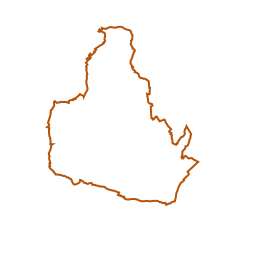 Rosia De Amaradia, Gorj, Romania (Equal Earth projection), rotated 126°
{"feature_id": "2599482B83031616378159", "entity_name": "Rosia De Amaradia", "entity_type": "district", "adm_level": 2, "iso_a3": "ROU", "parent_name": "Romania", "parent_adm1": "Gorj", "projection": "equal_earth", "projection_center": [23.734, 45.043], "detail": "fine", "context": "isolated", "style": "outline", "palette": "amber", "viewbox_px": 256, "rotation_deg": 126, "n_neighbors": 0, "source": "geoboundaries", "source_scale": "gbopen_adm2", "svg_char_len": 5783}
<svg xmlns="http://www.w3.org/2000/svg" viewBox="0 0 256 256"><g transform="rotate(126 128 128)"><path d="M149.3,202.8L150.4,202.6L150.6,203.0L153.4,200.8L154.3,200.7L155.6,200.8L156.8,200.6L157.4,200.2L158.5,200.8L159.5,200.6L160.0,200.1L161.1,199.8L161.6,199.1L161.9,198.8L163.7,198.2L165.5,197.5L166.7,197.2L168.2,196.5L169.3,196.3L170.6,195.9L171.0,195.6L171.1,194.8L172.1,193.4L173.4,193.4L174.8,193.9L174.7,193.5L174.4,192.8L174.3,192.1L174.1,191.8L174.2,191.6L174.6,191.7L177.9,189.4L180.7,186.9L181.2,185.9L181.8,185.1L182.6,184.6L183.4,183.5L184.4,182.7L186.6,181.4L185.4,179.5L186.3,179.9L187.3,179.9L188.4,179.1L191.0,178.0L193.2,177.5L194.9,177.3L196.8,175.4L196.8,175.1L197.1,174.6L198.3,174.4L199.1,173.8L199.9,172.9L200.9,171.5L201.8,170.7L202.0,170.2L202.6,170.6L202.9,170.8L203.9,169.6L204.4,168.7L204.6,168.6L205.4,169.1L205.7,168.8L206.1,168.1L206.4,167.3L206.6,165.8L206.7,163.9L206.9,162.5L207.3,162.3L207.6,160.4L208.1,159.1L207.0,157.7L206.4,156.2L205.8,155.4L204.7,151.9L203.9,150.6L203.8,150.0L203.8,148.2L203.1,147.4L203.3,145.6L202.8,144.3L203.6,142.5L204.4,141.5L204.6,140.8L205.4,139.3L205.4,138.7L205.0,137.8L204.4,137.2L202.8,136.2L201.1,135.4L200.1,135.3L199.4,135.5L198.2,136.2L197.8,135.4L197.8,134.0L197.6,133.1L198.0,131.0L197.3,129.7L197.2,128.1L196.7,127.5L195.5,126.8L194.8,126.3L194.0,124.9L194.0,124.5L194.9,123.5L193.6,121.5L193.4,121.1L193.4,120.3L192.3,118.2L191.8,116.4L191.1,115.4L189.4,112.3L189.4,112.0L189.8,110.1L189.4,109.3L189.1,107.4L188.7,106.2L188.4,105.8L187.7,103.8L187.1,102.7L185.5,97.2L188.1,96.8L187.8,95.9L187.8,95.6L187.4,95.3L186.8,94.0L186.9,93.9L187.3,93.9L187.1,92.8L185.9,90.8L186.1,90.6L186.7,90.7L186.7,89.3L187.1,89.2L186.5,87.0L185.5,85.4L184.2,84.2L182.7,82.5L181.1,80.1L180.5,78.5L180.2,76.8L179.2,73.8L178.6,73.1L178.0,72.1L176.0,70.2L174.3,66.9L172.4,65.1L169.6,61.3L169.3,58.8L168.4,57.3L168.3,56.2L168.5,56.0L167.8,55.3L167.6,54.8L167.1,54.0L166.6,53.7L167.2,52.6L167.7,52.3L167.8,52.1L167.6,51.8L165.2,50.7L165.0,50.1L163.9,49.4L162.6,49.1L161.6,48.6L160.3,47.5L159.8,47.0L155.6,48.8L151.7,50.8L150.2,51.0L145.5,52.5L141.7,53.0L138.3,52.0L137.1,52.0L137.1,52.7L137.0,52.8L133.3,52.2L131.5,51.7L130.0,51.6L129.6,51.7L128.8,52.6L128.4,54.1L114.2,51.3L114.4,52.5L114.6,54.8L115.0,56.4L114.8,58.7L116.0,60.1L116.7,60.6L117.0,61.4L116.7,65.0L118.4,66.0L119.4,65.4L120.2,65.4L120.8,66.2L120.5,67.0L120.1,67.7L119.7,67.8L118.8,67.8L117.9,68.1L117.5,68.5L117.3,68.9L116.8,69.0L115.9,69.5L115.4,70.0L114.7,70.2L113.6,70.1L113.1,69.9L110.8,69.8L110.3,70.0L109.0,70.7L108.6,70.1L108.1,69.8L106.9,69.5L106.2,69.5L104.9,70.0L103.1,70.5L102.7,70.8L102.2,71.1L100.6,71.6L100.3,71.4L99.3,71.7L97.1,73.0L96.0,73.2L95.8,73.3L92.2,81.7L93.2,81.3L95.1,81.2L97.2,80.5L97.7,80.0L98.2,79.9L99.3,78.6L99.6,78.5L101.4,78.3L102.1,78.6L102.9,78.7L103.4,78.8L103.7,79.3L104.2,79.6L109.7,79.5L111.5,78.8L111.7,79.5L113.4,79.3L114.1,82.9L111.1,85.7L110.3,86.9L109.7,87.5L108.6,87.8L107.9,88.3L108.1,90.0L106.6,90.1L106.9,92.1L106.8,92.6L105.6,92.7L103.7,92.4L103.1,95.1L103.1,96.3L102.2,98.2L101.4,100.8L100.3,102.0L99.8,103.5L104.0,106.4L101.9,111.6L102.5,111.8L103.0,112.3L103.4,112.1L105.3,112.2L106.5,112.7L105.7,114.2L105.7,114.5L106.2,114.8L105.9,115.2L97.4,122.1L96.4,121.8L95.6,121.3L95.2,121.7L94.5,122.8L94.7,123.5L95.4,124.3L95.5,124.6L95.4,126.1L95.2,126.7L94.9,127.1L93.6,128.2L92.7,129.2L91.7,130.1L91.1,130.9L89.9,131.9L89.2,132.7L88.9,131.8L88.9,131.3L88.4,131.1L88.3,130.8L87.5,130.5L86.3,131.7L82.8,133.7L82.6,133.8L82.9,134.4L82.4,134.6L81.8,135.6L80.6,136.4L77.9,138.9L77.9,140.2L78.1,141.1L78.0,142.2L78.2,143.1L78.5,143.8L79.2,144.6L79.2,145.7L80.0,147.2L80.2,148.5L78.2,151.2L78.0,152.4L78.3,153.5L78.3,154.4L78.9,155.4L78.0,155.8L77.7,156.2L77.5,157.1L77.7,158.2L77.4,159.1L76.5,160.4L75.7,159.8L75.5,160.7L75.6,161.4L75.0,162.4L74.3,163.2L74.2,163.9L72.8,165.0L71.6,165.4L68.7,165.9L66.5,166.9L64.1,167.4L63.3,168.0L63.0,167.7L62.5,167.9L61.4,167.8L61.0,168.3L61.1,168.6L60.6,170.3L60.6,170.8L60.9,171.0L60.3,171.4L59.9,172.0L59.8,172.6L59.3,173.7L58.6,175.1L56.8,175.8L55.7,176.6L55.5,176.9L54.5,176.6L53.8,176.7L50.2,179.0L49.4,181.1L48.8,181.8L48.2,182.4L47.9,183.2L48.1,184.7L49.2,187.0L49.4,187.7L49.7,189.4L49.8,192.2L50.3,193.2L51.2,194.5L52.3,195.7L53.9,196.7L54.3,197.2L55.5,199.4L56.8,201.6L57.4,202.4L59.6,203.4L60.8,204.2L61.2,204.8L61.5,205.6L62.3,206.6L62.2,207.7L62.3,207.9L63.0,207.0L63.3,207.0L64.4,207.6L64.6,207.9L64.8,207.9L64.7,208.1L64.9,208.5L64.8,209.0L65.1,209.0L65.1,208.7L65.7,208.3L67.2,208.6L67.2,208.4L67.1,207.9L65.4,206.2L65.1,205.8L65.3,204.6L65.1,204.1L64.9,202.9L65.4,201.9L67.4,200.3L69.0,199.8L70.0,199.2L70.2,198.7L71.3,197.8L71.4,197.5L72.9,198.0L73.3,197.6L73.9,198.0L74.1,197.8L74.1,197.5L75.1,197.8L77.5,199.0L80.3,199.9L82.1,200.7L83.5,201.1L83.6,200.7L83.5,200.3L83.6,199.7L86.3,200.3L86.4,199.5L90.2,200.3L91.4,200.7L90.2,202.3L91.0,202.5L91.8,202.0L92.4,202.1L92.7,201.8L92.3,201.5L92.4,201.1L92.9,201.1L92.7,200.4L93.1,199.9L93.1,199.6L94.1,199.8L94.3,199.4L95.0,199.5L95.4,199.8L95.2,201.7L96.0,201.8L96.3,202.0L96.5,201.2L96.8,201.0L96.8,200.6L96.9,200.2L98.2,200.2L99.9,200.4L100.4,198.7L100.7,198.0L103.0,198.1L103.6,196.8L104.4,196.3L105.3,196.1L107.4,193.8L108.2,192.6L109.7,192.2L110.4,191.8L112.0,190.4L115.2,188.9L116.6,187.5L119.5,184.3L120.6,183.4L121.5,183.2L124.5,183.0L128.7,182.1L128.5,182.3L128.4,182.6L128.4,183.6L128.7,185.2L128.8,186.8L129.8,186.8L132.4,187.3L133.6,187.7L134.7,187.8L135.0,187.5L135.4,187.4L135.6,187.8L135.8,187.9L135.5,188.3L135.6,188.6L137.0,189.4L137.8,189.0L138.5,190.2L140.3,191.5L141.3,191.7L141.5,191.3L142.5,190.7L142.8,191.4L143.6,193.9L144.9,195.4L145.3,196.2L145.8,196.7L146.2,197.7L147.3,198.2L148.3,199.2L148.6,199.7L149.5,200.4L149.4,202.1L149.3,202.8Z" fill="none" stroke="#b45309" stroke-width="2"/></g></svg>